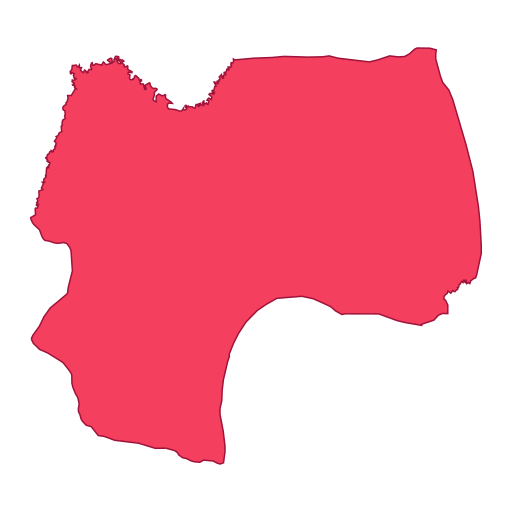 Stueng Trang, Kâmpóng Cham, Cambodia
{"feature_id": "14789045B55361225706218", "entity_name": "Stueng Trang", "entity_type": "district", "adm_level": 2, "iso_a3": "KHM", "parent_name": "Cambodia", "parent_adm1": "Kâmpóng Cham", "projection": "robinson", "projection_center": [105.52, 12.333], "detail": "fine", "context": "isolated", "style": "filled", "palette": "rose", "viewbox_px": 512, "rotation_deg": 0, "n_neighbors": 0, "source": "geoboundaries", "source_scale": "gbopen_adm2", "svg_char_len": 5715}
<svg xmlns="http://www.w3.org/2000/svg" viewBox="0 0 512 512"><path d="M98.2,435.5L104.1,436.4L114.8,440.3L138.5,443.2L155.2,448.3L165.8,448.2L169.3,449.1L174.9,450.7L177.6,452.8L178.8,455.0L182.6,457.7L186.6,458.6L191.0,460.8L193.9,461.7L199.8,462.3L203.6,460.1L213.1,461.0L217.5,463.3L220.2,464.0L223.5,462.8L225.0,451.9L225.0,446.2L223.2,431.1L220.0,414.4L220.0,408.4L221.8,400.7L222.1,390.9L223.4,379.7L227.6,361.8L229.4,356.5L229.1,354.4L233.6,343.1L238.6,333.3L246.0,322.0L257.4,310.4L266.0,304.5L276.9,298.3L302.0,296.3L313.2,298.7L328.1,305.4L330.8,306.8L335.7,311.0L342.0,314.5L345.3,313.8L378.7,313.9L397.1,320.6L404.4,322.4L421.7,325.4L421.8,324.2L433.8,320.2L438.5,315.2L442.3,313.5L447.8,313.6L447.8,305.0L445.4,300.1L443.8,298.8L444.1,296.5L445.6,294.5L447.2,293.4L448.0,291.1L450.8,293.2L452.8,290.5L454.0,291.5L455.0,291.6L455.1,291.0L457.5,289.5L457.9,288.4L457.5,287.6L458.7,287.0L459.1,284.6L460.0,284.2L461.6,281.5L463.0,282.6L463.5,280.2L465.4,280.3L464.7,281.1L464.8,282.1L465.5,282.6L466.2,281.5L466.8,283.7L468.3,282.6L469.8,283.6L470.8,280.8L473.8,278.5L475.6,277.9L476.6,275.1L481.3,253.3L481.2,244.3L479.9,221.1L478.4,206.5L472.9,171.5L465.9,144.2L452.8,99.7L448.8,90.0L442.6,82.3L440.3,75.8L435.7,58.7L435.8,53.2L436.3,49.9L430.0,48.2L417.1,48.0L414.6,49.2L409.4,53.9L404.6,56.5L398.4,56.9L389.6,55.9L377.7,59.9L369.4,61.9L338.2,58.2L329.1,55.9L322.5,56.8L308.2,57.1L284.1,56.4L272.1,57.5L253.5,58.2L234.8,59.9L233.4,59.0L233.5,62.1L232.8,62.9L231.5,62.6L231.0,63.0L230.9,65.2L231.6,65.5L231.1,66.7L230.2,67.5L229.3,66.9L228.0,67.1L229.0,69.3L228.5,70.0L227.1,69.0L226.6,69.6L226.4,71.4L225.6,72.3L224.3,72.3L224.0,73.0L225.6,73.8L225.8,74.7L224.0,74.9L223.1,76.1L223.7,77.5L223.4,78.1L222.7,78.2L222.0,77.1L221.5,74.5L219.2,77.0L220.0,78.4L219.8,79.7L218.9,79.9L218.8,81.6L218.2,81.8L217.8,81.0L217.0,81.3L217.1,82.5L218.0,82.9L217.9,83.7L215.5,83.1L214.9,82.0L214.0,82.1L216.1,86.0L214.7,86.5L213.8,90.8L212.4,90.3L212.0,90.8L212.5,91.9L214.5,92.8L213.7,94.2L213.1,94.2L212.5,93.1L209.6,93.6L209.0,94.5L211.8,96.8L211.4,99.5L208.9,98.1L207.5,99.3L207.0,100.3L208.8,100.8L208.0,104.5L207.1,104.2L206.5,103.0L205.0,103.7L204.5,103.5L204.0,103.0L203.9,101.0L203.3,101.2L202.7,103.0L202.8,103.8L203.8,104.8L203.5,105.5L200.7,104.7L200.7,103.3L199.2,104.0L199.6,105.9L198.6,106.4L198.0,106.0L198.5,104.0L197.1,104.7L196.0,104.5L195.0,108.1L193.6,107.9L192.3,106.8L189.2,106.8L188.1,105.9L187.3,107.1L186.7,107.1L186.2,105.4L185.3,105.4L185.0,106.2L185.3,107.0L186.7,108.6L186.3,109.4L184.3,110.1L183.6,109.6L183.5,108.3L181.8,110.7L179.9,111.2L175.6,109.6L168.6,108.9L167.4,107.0L167.5,104.2L168.8,103.1L172.3,103.4L171.0,101.9L166.2,98.8L165.5,97.4L165.6,95.0L165.0,94.6L163.5,95.6L162.0,95.7L158.7,94.0L156.2,96.2L156.2,101.8L153.6,100.4L153.1,99.6L153.2,98.6L154.3,95.1L154.5,92.2L157.1,89.5L156.9,88.8L155.5,88.3L153.1,88.4L151.9,87.6L150.4,85.5L149.9,83.1L149.4,82.8L144.9,85.3L146.2,88.7L145.9,89.4L144.8,89.4L143.3,84.1L142.6,83.8L140.3,84.1L139.9,81.3L141.3,81.1L141.6,80.1L141.0,79.5L139.8,80.3L139.2,80.1L138.9,78.4L135.7,75.5L134.5,76.2L134.3,77.9L133.6,78.9L133.0,78.7L132.3,79.8L130.4,79.6L129.7,78.9L129.6,77.5L130.0,75.1L129.7,74.5L127.9,73.9L128.3,72.1L131.9,72.7L132.0,71.7L128.1,69.6L127.6,68.9L127.9,67.0L127.5,65.9L124.9,67.0L124.2,66.3L124.1,64.8L122.1,63.0L122.6,61.8L123.8,61.1L122.5,60.0L121.4,60.1L118.7,58.9L118.2,59.4L118.4,60.4L120.8,62.1L120.4,63.6L118.7,63.5L117.2,61.6L116.4,59.0L118.6,57.7L118.8,57.0L118.2,56.5L115.7,56.3L114.9,57.4L114.9,58.9L114.0,59.3L114.1,61.1L113.6,62.1L112.4,62.4L111.7,58.5L110.7,58.2L108.1,59.5L107.5,60.3L111.4,63.2L106.9,64.6L105.5,64.2L103.6,62.0L102.6,63.0L101.9,65.1L95.8,63.7L93.7,65.4L92.9,65.4L92.2,62.7L91.5,63.1L90.6,65.6L90.7,67.1L91.7,68.8L91.4,69.7L89.2,69.3L87.5,71.9L88.0,72.6L87.4,72.9L86.6,72.5L85.5,70.5L84.5,70.1L83.6,72.6L82.9,72.5L80.5,70.2L81.5,67.6L79.6,67.8L79.3,65.2L78.2,67.1L77.3,66.9L76.4,65.1L72.3,65.5L71.8,69.5L70.1,71.9L70.7,72.7L70.4,73.4L70.9,73.9L71.7,73.4L71.6,72.7L72.2,72.7L74.2,73.6L73.4,75.3L74.0,77.7L74.3,78.4L76.1,78.5L75.8,79.3L73.4,80.5L72.3,80.0L72.0,81.7L73.9,83.0L74.3,83.8L72.5,84.6L72.9,85.3L73.7,85.1L75.0,85.8L75.1,86.5L74.4,86.9L74.8,87.9L76.4,88.9L74.9,89.4L71.3,95.5L67.6,95.5L68.1,98.5L67.5,99.6L67.4,101.2L65.9,102.9L66.1,104.3L64.0,105.8L62.9,107.3L63.0,109.6L64.9,110.9L65.2,114.3L64.6,116.1L65.3,118.4L62.6,120.2L62.0,123.7L62.3,125.5L61.2,126.3L61.7,131.7L59.3,132.7L57.9,135.8L56.1,136.5L56.8,137.3L56.5,138.3L54.4,141.2L56.2,143.2L55.6,145.0L55.9,146.0L54.8,146.3L55.1,148.7L53.4,149.8L53.3,151.7L52.3,151.9L52.4,151.2L51.3,150.6L51.3,151.5L50.6,151.3L49.7,151.9L48.9,153.9L47.5,154.5L47.0,157.0L45.7,157.6L45.9,158.2L46.6,158.1L46.6,159.1L47.3,159.5L47.1,161.2L48.0,161.1L48.3,162.3L49.7,162.2L49.8,163.6L49.2,165.0L48.6,165.0L48.7,167.6L48.1,167.7L47.5,166.9L46.6,168.0L47.0,168.5L46.4,169.3L46.2,173.9L45.6,175.4L46.2,175.9L45.6,176.5L45.7,177.4L43.9,179.0L43.8,179.8L43.7,180.6L44.7,182.1L42.3,182.2L43.5,183.6L41.4,188.1L42.9,189.6L38.9,191.0L39.1,196.6L38.2,198.2L36.9,198.7L37.9,200.8L36.7,202.7L38.0,203.8L37.0,203.8L36.4,204.5L36.6,205.4L38.1,205.6L37.2,208.2L35.6,208.1L35.2,208.7L35.5,214.8L30.7,217.6L31.0,219.4L32.6,222.8L34.1,224.8L39.5,229.8L41.8,236.1L43.2,238.7L44.9,240.4L48.7,241.0L54.5,242.9L57.8,243.3L63.8,242.6L66.8,243.5L69.7,247.4L71.0,250.6L72.4,270.8L68.3,287.1L67.6,292.9L66.7,294.2L50.2,308.0L43.9,316.9L39.4,326.2L33.0,335.1L31.7,337.7L31.5,339.4L33.4,343.4L39.7,349.5L47.6,352.9L61.1,361.3L63.2,362.8L68.9,370.0L71.3,373.6L71.8,375.7L71.9,383.1L72.9,387.3L75.3,393.3L77.9,397.9L79.2,404.1L78.3,408.8L78.6,412.1L79.8,414.2L81.0,418.7L82.3,421.1L86.1,425.2L91.2,426.6L98.2,435.5Z" fill="#f43f5e" stroke="#9f1239" stroke-width="1.5"/></svg>